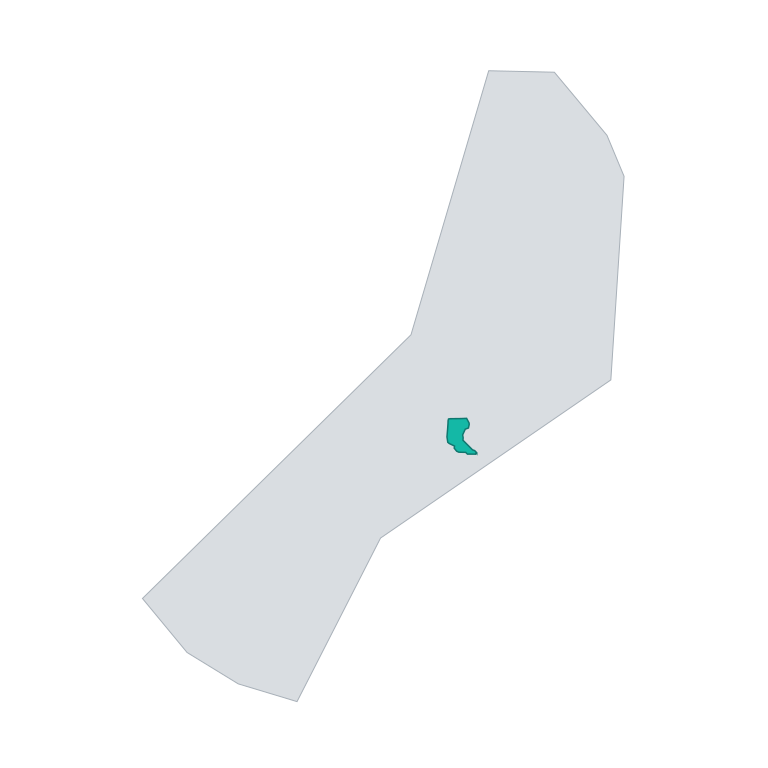 Agana Heights, Guam (highlighted), rotated 184°
{"feature_id": "77769853B67534366547029", "entity_name": "Agana Heights", "entity_type": "district", "adm_level": 2, "iso_a3": "GUM", "parent_name": "Guam", "parent_adm1": "", "projection": "robinson", "projection_center": [144.743, 13.466], "detail": "fine", "context": "in_parent", "style": "filled", "palette": "teal", "viewbox_px": 768, "rotation_deg": 184, "n_neighbors": 0, "source": "geoboundaries", "source_scale": "gbopen_adm2", "svg_char_len": 747}
<svg xmlns="http://www.w3.org/2000/svg" viewBox="0 0 768 768"><g transform="rotate(184 384 384)"><path d="M301.4,703.8L235.8,706.9L178.9,647.6L159.0,607.9L158.0,403.9L376.7,230.1L448.6,61.1L508.5,74.7L561.7,102.4L610.0,153.2L360.5,435.0L301.4,703.8Z" fill="#d9dde1" stroke="#a8b0b8" stroke-width="1"/><path d="M286.6,321.2L286.6,321.8L288.9,323.9L291.1,324.5L301.3,333.4L301.3,335.9L302.0,338.7L299.8,344.6L296.7,346.0L296.2,349.5L296.4,351.0L299.2,355.5L304.6,354.9L315.5,354.0L317.2,353.6L317.5,351.9L317.4,348.7L317.4,343.5L317.5,335.6L316.3,330.3L314.8,329.2L310.0,327.3L309.3,327.0L309.5,324.9L306.8,322.0L304.6,321.2L297.7,321.5L295.9,319.9L287.8,320.4L287.4,322.2L286.6,321.2Z" fill="#14b8a6" stroke="#0f766e" stroke-width="1.5"/></g></svg>